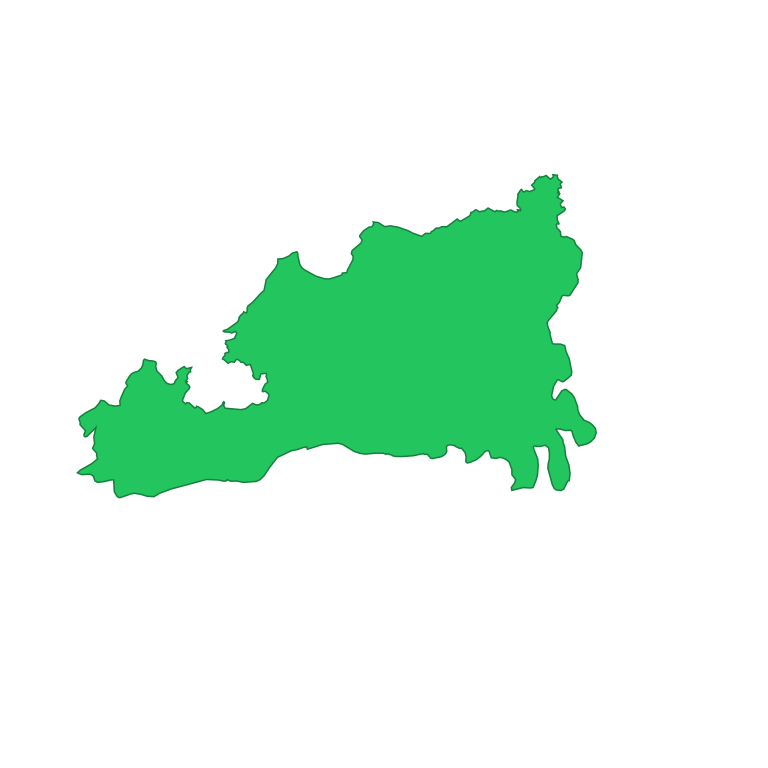 Jhalokati, Barisal, Bangladesh, rotated 42°
{"feature_id": "16705992B14602656752780", "entity_name": "Jhalokati", "entity_type": "district", "adm_level": 2, "iso_a3": "BGD", "parent_name": "Bangladesh", "parent_adm1": "Barisal", "projection": "albers", "projection_center": [90.166, 22.562], "detail": "fine", "context": "isolated", "style": "filled", "palette": "green", "viewbox_px": 768, "rotation_deg": 42, "n_neighbors": 0, "source": "geoboundaries", "source_scale": "gbopen_adm2", "svg_char_len": 6170}
<svg xmlns="http://www.w3.org/2000/svg" viewBox="0 0 768 768"><g transform="rotate(42 384 384)"><path d="M370.7,483.8L378.8,470.1L389.6,458.7L393.5,456.6L406.8,454.1L412.6,451.6L416.9,448.7L423.7,441.4L429.5,436.1L432.5,434.9L432.5,434.1L437.1,431.7L438.9,431.4L441.2,430.0L446.1,425.7L453.5,418.0L459.8,409.4L460.6,409.5L463.5,407.2L468.4,407.9L470.0,407.0L475.3,399.5L476.2,396.6L476.4,394.4L475.7,392.1L472.3,388.8L472.4,386.7L474.3,384.6L477.8,382.3L478.3,382.7L483.2,381.3L484.7,379.8L490.3,380.8L494.0,383.4L496.8,387.0L498.7,387.0L500.5,384.6L503.2,378.5L504.3,372.8L504.3,366.3L505.8,363.9L507.2,363.7L513.1,367.1L517.3,364.1L518.9,361.3L521.0,359.8L525.8,358.3L529.2,358.3L536.1,361.9L539.9,365.9L545.6,366.8L547.2,369.7L547.9,375.8L550.2,377.5L556.7,367.9L562.6,363.1L564.0,361.2L561.6,354.2L559.0,349.0L553.4,341.7L548.6,337.0L538.5,331.9L536.8,330.5L537.1,329.5L541.2,326.6L544.9,321.6L548.9,321.3L553.2,324.7L557.2,329.3L559.5,333.6L562.2,337.0L576.5,346.2L580.5,347.8L583.0,347.4L586.8,344.8L587.9,341.7L585.5,333.4L586.3,331.9L582.1,325.9L575.4,320.4L567.5,316.2L560.2,309.8L556.1,307.5L554.2,305.7L542.8,302.9L542.1,302.3L544.5,300.0L550.2,297.0L553.7,293.4L555.5,293.5L559.4,296.0L565.6,298.9L570.2,299.8L574.9,292.7L576.3,288.7L576.5,283.3L574.3,278.2L570.8,275.6L566.1,274.9L562.9,275.1L555.9,277.3L555.6,276.8L550.0,275.9L545.7,273.8L542.9,271.2L534.6,266.8L530.0,265.7L523.4,266.2L522.1,266.8L520.7,270.2L522.3,281.2L519.7,282.2L516.5,280.7L511.6,272.3L510.1,265.1L510.7,264.2L515.1,263.0L516.1,261.1L517.3,252.4L515.4,249.3L504.9,241.4L497.3,237.9L492.6,234.5L488.4,236.3L483.7,240.5L482.0,241.2L474.1,236.0L473.1,234.6L467.6,231.9L464.1,229.2L463.5,224.9L463.3,215.4L462.0,210.9L459.7,210.3L459.7,206.1L457.4,199.4L458.1,198.0L461.9,195.2L462.8,193.7L460.4,179.0L458.5,176.6L453.4,173.3L452.3,166.0L443.6,153.9L440.8,152.7L433.1,152.1L429.8,150.3L427.8,150.1L420.9,152.3L419.2,154.6L416.4,155.8L413.0,152.6L411.8,152.9L410.6,152.2L408.5,152.6L405.6,150.4L405.3,149.1L406.9,148.3L406.6,147.6L403.0,146.2L400.1,143.2L402.2,134.6L401.8,132.6L399.3,132.0L397.9,133.9L395.3,132.8L394.4,131.9L394.5,128.0L387.8,129.2L387.4,125.1L386.4,125.2L385.9,124.4L385.2,125.6L384.2,123.6L383.1,123.2L382.9,121.7L384.5,119.7L384.1,118.9L381.4,117.8L381.0,117.0L381.2,114.8L376.6,115.2L374.1,114.1L373.2,112.8L369.5,115.5L370.9,116.3L371.2,117.6L370.6,120.5L365.0,120.5L363.6,123.6L362.5,124.3L362.4,125.6L361.6,126.0L360.9,125.7L360.1,132.2L360.8,132.5L360.9,133.5L360.6,137.4L365.6,138.1L365.6,139.4L363.4,143.6L360.3,145.0L359.7,147.3L358.6,148.0L356.0,147.3L355.7,148.3L356.5,153.6L357.3,154.0L361.4,160.2L363.3,162.0L367.5,162.3L369.2,163.0L369.3,164.2L367.8,164.3L366.6,165.2L368.2,165.9L368.2,166.6L366.5,168.5L361.7,169.8L359.1,174.9L357.1,176.6L355.0,177.0L353.4,178.9L351.5,179.6L351.2,181.8L343.6,183.6L342.6,188.9L341.6,189.3L339.7,192.2L336.1,192.8L335.3,193.6L334.9,196.7L333.8,198.5L335.0,200.5L335.0,202.2L332.2,211.4L330.7,212.3L328.0,212.4L325.5,225.1L321.7,228.3L320.6,231.3L318.4,233.3L317.9,238.0L317.2,239.0L317.7,240.5L317.2,241.6L314.0,244.3L313.2,249.1L304.5,252.6L299.1,254.0L289.6,258.0L282.9,262.2L279.2,266.6L271.9,267.8L267.5,270.8L269.2,271.9L269.9,275.3L267.9,277.4L266.7,282.1L266.3,284.4L266.7,290.1L267.8,290.9L271.4,291.6L272.0,292.6L272.5,295.1L271.0,306.2L272.6,309.1L275.4,309.6L277.7,312.4L280.7,324.1L281.9,326.1L278.8,329.4L279.7,331.3L275.4,338.8L273.0,342.6L269.8,345.4L261.3,349.4L249.1,352.3L245.4,352.5L242.0,351.8L234.4,346.6L232.4,344.5L230.8,344.0L228.3,348.0L227.7,352.5L225.0,358.5L221.5,362.1L224.3,365.4L225.8,370.2L226.6,385.2L232.3,394.8L231.8,399.1L231.7,411.0L230.7,416.8L231.3,418.8L234.0,422.1L234.2,423.2L231.4,424.3L231.9,425.6L231.5,428.8L231.7,431.3L233.4,434.3L233.6,436.5L231.0,448.3L229.1,451.5L229.2,452.3L230.7,452.0L234.4,448.9L236.7,448.0L238.3,444.6L240.2,444.5L241.3,446.3L241.7,448.6L242.6,449.5L240.2,454.3L237.5,457.7L238.2,457.9L238.8,459.9L239.8,460.4L241.9,460.0L242.7,460.8L242.5,461.7L245.3,462.3L247.1,463.7L247.3,464.8L246.0,465.7L245.3,467.8L246.7,468.9L246.6,472.1L247.2,473.5L249.2,472.9L254.1,473.0L255.5,469.8L258.2,467.9L257.8,465.0L258.2,464.0L261.1,463.2L263.0,463.6L265.2,462.0L269.2,462.3L271.6,458.9L280.7,464.1L280.6,465.3L281.2,465.9L283.5,466.4L285.8,466.2L288.3,464.0L285.7,459.0L289.3,454.9L290.4,455.4L291.2,457.3L294.2,458.7L296.6,460.8L295.7,463.4L297.3,469.2L298.2,470.7L299.3,470.7L300.5,468.9L304.3,468.6L306.0,469.1L308.4,474.3L307.6,478.2L305.6,479.9L305.9,480.6L304.9,483.0L303.2,485.0L299.3,486.3L297.7,495.0L294.8,498.8L282.1,508.3L279.3,507.3L277.9,504.5L276.8,504.4L276.8,505.7L277.8,507.9L276.6,514.1L273.8,521.0L271.3,525.2L266.5,524.3L261.9,525.1L259.7,525.8L260.0,526.4L259.6,528.5L251.8,528.4L249.9,529.9L249.7,531.7L246.5,531.6L245.1,530.9L242.4,523.7L242.3,517.8L241.7,516.2L239.6,515.5L236.7,515.9L236.2,513.9L234.8,514.9L234.5,511.4L231.7,509.6L231.4,505.7L232.2,504.3L230.7,503.4L229.9,500.4L226.9,504.9L223.9,504.7L223.6,505.2L221.9,511.5L221.9,514.6L226.0,516.6L226.7,517.5L226.7,520.9L227.8,524.4L225.9,527.0L223.3,528.4L220.9,528.8L217.9,528.4L213.4,526.7L206.5,526.3L202.3,523.5L200.8,520.9L199.5,520.4L197.2,521.3L193.2,524.2L189.5,525.7L189.4,527.3L192.0,531.2L193.0,534.3L192.8,538.9L190.3,543.0L189.6,545.3L189.6,548.4L190.8,554.7L191.5,556.0L194.8,557.0L194.8,561.4L197.4,569.4L199.1,573.5L202.2,576.3L199.3,580.1L193.7,583.6L187.3,583.8L184.4,585.7L185.2,589.1L185.3,594.8L181.5,605.2L180.1,611.8L180.5,614.0L184.1,616.0L185.3,617.6L193.4,618.5L195.0,622.6L196.5,623.5L197.7,622.8L198.4,621.3L199.0,609.0L203.8,617.5L208.8,622.0L210.6,626.9L216.6,627.6L219.8,630.6L221.2,631.2L220.2,638.4L215.9,651.4L215.6,655.2L219.9,653.7L225.6,648.0L227.4,647.1L230.1,647.1L233.9,649.4L236.9,648.8L240.7,644.6L245.5,637.8L247.3,636.2L255.8,644.6L260.8,646.1L262.8,645.9L264.1,644.8L269.4,635.1L271.8,632.1L277.3,628.6L283.1,625.9L288.5,621.6L290.3,615.5L296.1,604.4L316.0,573.7L325.0,566.3L330.1,563.3L331.8,561.3L331.4,560.0L335.0,558.9L339.4,554.7L345.4,551.1L354.4,541.7L355.8,538.3L356.3,532.8L354.8,522.6L353.9,509.9L359.6,496.0L363.6,490.5L366.6,485.0L368.7,482.4L370.7,483.8Z" fill="#22c55e" stroke="#15803d" stroke-width="1.5"/></g></svg>